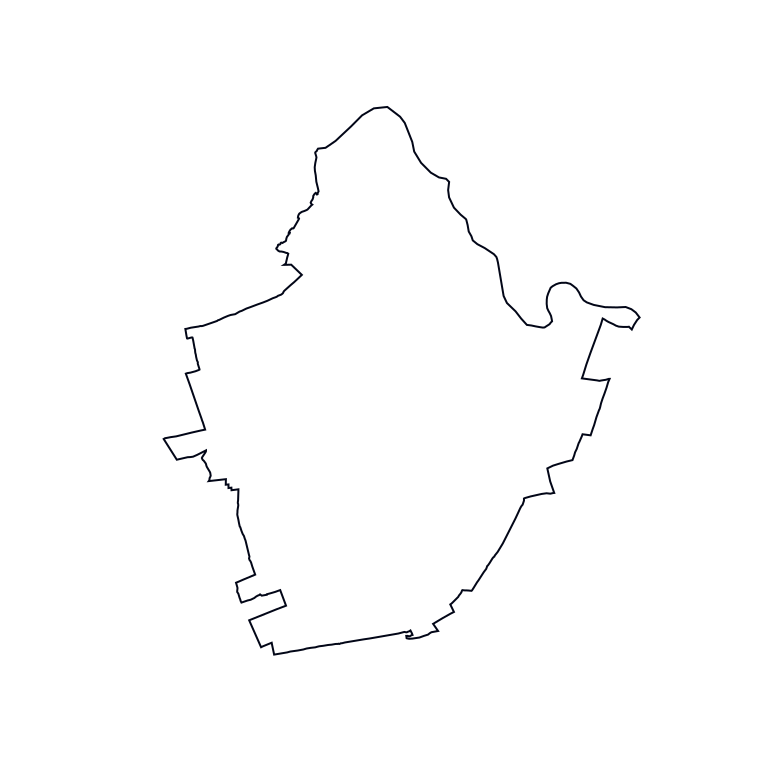 outline of Bratovoesti, Dolj, Romania, rotated 146°
{"feature_id": "2599482B58012097168459", "entity_name": "Bratovoesti", "entity_type": "district", "adm_level": 2, "iso_a3": "ROU", "parent_name": "Romania", "parent_adm1": "Dolj", "projection": "robinson", "projection_center": [23.927, 44.119], "detail": "fine", "context": "isolated", "style": "outline", "palette": "ink", "viewbox_px": 768, "rotation_deg": 146, "n_neighbors": 0, "source": "geoboundaries", "source_scale": "gbopen_adm2", "svg_char_len": 6166}
<svg xmlns="http://www.w3.org/2000/svg" viewBox="0 0 768 768"><g transform="rotate(146 384 384)"><path d="M307.1,616.0L308.3,615.5L309.4,614.8L311.1,614.6L311.8,614.1L312.9,610.6L313.3,609.6L314.5,608.4L317.3,605.7L320.2,602.5L322.1,599.3L323.9,595.2L327.0,589.5L329.1,583.8L330.5,580.3L332.2,579.4L332.9,578.5L333.6,578.6L333.6,579.7L333.7,580.6L334.2,580.6L335.0,580.5L335.9,580.2L337.6,579.4L338.2,578.4L340.1,576.9L341.8,576.3L343.4,575.3L343.5,574.7L343.5,573.6L343.2,572.8L344.4,572.7L349.9,571.4L351.5,571.6L353.5,572.0L355.6,572.6L356.6,572.7L359.0,572.6L360.7,571.7L361.8,570.7L362.4,570.0L362.0,569.5L361.9,568.7L362.4,568.3L371.8,563.7L372.2,563.7L372.9,564.1L373.0,564.4L373.3,564.5L374.1,564.3L375.1,564.3L377.2,563.4L378.3,562.7L377.6,562.0L378.2,561.5L378.9,561.7L379.9,561.0L380.9,560.7L382.3,560.2L383.8,559.0L384.7,558.0L385.3,557.5L386.6,557.5L387.8,557.7L389.3,557.7L389.8,558.4L390.3,558.7L391.0,558.6L391.6,558.0L392.5,557.9L393.3,558.3L393.5,558.6L394.2,558.5L394.9,557.7L396.0,557.1L397.0,556.9L397.6,556.5L397.7,555.9L397.4,555.1L397.2,553.7L396.5,552.3L394.9,551.1L393.4,549.6L391.7,547.3L391.0,546.7L390.5,545.6L391.8,544.4L393.4,543.1L398.1,538.7L400.3,538.7L394.2,534.8L391.1,520.4L401.5,518.7L406.1,518.2L414.7,517.0L415.9,516.5L416.8,515.9L417.6,515.7L419.2,515.6L421.0,516.0L422.5,516.4L423.9,516.3L425.1,516.5L428.2,517.3L434.1,518.2L438.6,519.2L444.4,520.7L451.6,522.4L455.9,523.5L461.0,524.2L463.2,524.8L468.3,525.1L472.6,527.0L475.2,527.7L479.7,528.6L484.8,529.3L486.0,529.7L487.0,529.6L489.4,530.2L501.4,533.4L502.7,533.9L503.3,534.4L504.0,534.8L505.7,535.4L512.7,538.7L516.7,540.1L517.9,540.7L520.8,534.4L521.8,531.9L521.7,531.7L521.1,531.4L517.8,530.3L517.0,529.9L516.8,529.6L516.9,529.3L517.9,526.7L520.9,519.9L521.2,519.3L521.2,518.9L521.4,518.3L521.7,517.7L522.1,517.1L523.0,515.4L523.6,513.6L524.6,511.5L525.9,508.1L526.1,506.4L526.3,505.9L526.7,505.5L527.1,504.8L528.7,499.4L528.9,499.1L529.8,499.2L533.2,500.0L538.2,501.7L541.0,503.0L542.5,503.4L545.3,492.4L552.6,465.3L554.6,457.5L555.2,455.5L555.6,453.6L557.8,446.2L561.9,447.9L570.4,451.2L585.6,456.8L590.5,459.2L594.3,460.8L595.8,461.5L597.4,461.6L598.1,437.1L587.7,433.1L585.4,431.7L582.9,430.5L578.4,429.7L568.7,428.5L569.1,427.9L570.2,427.2L575.6,425.0L576.4,424.5L576.6,423.6L576.7,422.4L576.4,421.5L576.3,420.7L576.2,417.7L576.5,416.7L576.9,415.7L577.2,414.4L577.4,410.9L577.5,408.8L577.7,407.6L578.9,405.0L579.6,404.4L581.2,403.5L582.4,402.1L582.8,401.8L583.6,401.5L568.3,393.5L571.5,389.0L569.1,387.7L571.1,384.7L568.5,383.4L569.8,381.2L563.6,378.1L564.7,376.5L569.9,369.3L571.3,367.7L571.8,367.0L572.0,366.1L572.4,365.4L572.8,364.7L576.1,361.2L577.6,359.1L578.4,358.2L578.9,357.3L580.5,353.2L581.9,350.0L583.3,346.5L583.2,345.7L584.2,342.3L585.0,338.8L585.1,336.3L585.9,333.7L586.3,331.8L586.8,330.4L591.7,317.3L591.9,316.5L592.2,316.0L593.4,314.9L593.9,313.2L593.8,312.0L594.0,310.4L595.3,306.2L597.4,298.0L610.0,300.5L614.9,301.4L617.8,302.0L618.8,298.9L619.3,297.4L619.6,296.7L621.6,294.3L622.0,293.6L622.0,291.6L623.3,287.5L623.7,285.6L623.9,285.2L624.2,284.2L624.4,282.5L618.1,280.8L615.2,279.7L611.1,279.1L609.2,279.3L607.2,279.2L605.5,278.8L604.4,278.9L603.7,276.9L599.0,274.8L598.7,275.2L595.2,274.0L590.5,272.5L585.3,271.2L589.2,255.0L599.0,257.3L627.9,263.5L633.1,234.5L631.4,234.3L627.5,233.5L622.7,232.5L621.8,232.3L622.5,230.7L626.4,221.1L614.3,215.6L611.3,214.6L604.6,211.3L599.3,209.0L596.1,208.0L592.2,206.2L588.2,204.1L586.3,203.5L584.4,202.8L580.7,200.9L576.3,198.9L573.2,197.2L569.6,195.6L567.7,194.4L566.9,194.1L566.6,193.6L566.0,193.3L565.1,193.3L563.6,192.5L561.0,191.6L543.5,183.6L538.1,181.0L534.1,179.2L511.6,169.1L505.8,167.1L504.4,165.7L503.9,165.4L502.5,165.2L501.6,164.9L499.9,164.9L500.3,161.5L500.7,160.0L501.8,160.4L503.4,160.4L504.3,160.8L505.3,162.0L506.4,162.7L507.4,160.6L507.1,160.2L505.6,158.7L502.7,157.0L496.4,154.0L491.6,152.8L487.6,151.6L485.5,151.8L483.5,151.7L477.3,149.0L477.4,157.7L466.3,157.1L457.4,156.4L453.5,155.9L452.3,164.2L451.1,164.2L449.7,164.4L441.5,166.0L440.0,166.8L438.5,167.2L436.6,167.9L436.1,168.2L435.0,169.0L434.3,169.3L432.8,168.0L430.0,166.0L427.1,163.6L426.4,163.7L423.4,165.0L417.7,167.6L415.7,168.3L406.6,172.2L404.6,172.9L402.8,173.5L401.9,174.1L401.1,174.7L400.4,175.3L399.2,175.5L396.6,176.5L391.5,178.8L390.1,179.2L389.0,179.2L388.2,179.8L383.7,181.2L374.6,185.4L350.2,199.0L344.7,202.3L341.6,204.2L339.7,205.3L337.9,206.1L336.6,206.4L333.2,209.0L332.0,210.8L330.8,210.6L325.3,208.8L314.8,204.7L310.3,202.5L307.5,200.1L306.8,199.8L304.9,199.1L303.8,198.5L300.7,210.3L295.8,222.7L289.5,221.8L284.1,220.2L275.9,217.6L270.3,215.5L266.4,218.3L263.8,220.5L260.5,222.4L255.7,226.1L254.5,226.7L252.3,228.1L249.3,230.0L247.5,231.3L241.4,225.9L236.1,230.0L232.8,232.4L226.3,237.8L221.6,241.2L220.4,242.1L219.4,242.6L218.0,243.7L214.9,246.6L210.9,249.7L206.8,252.6L201.7,256.4L197.1,260.2L194.1,262.1L194.7,262.5L195.9,262.9L197.6,263.4L202.3,265.6L203.4,266.0L203.8,266.3L205.4,267.9L216.8,278.0L213.9,280.1L205.2,287.1L195.1,294.6L171.2,311.8L166.1,316.0L165.0,314.0L164.2,311.9L163.2,309.9L160.4,305.3L159.1,302.7L157.3,300.3L154.1,297.8L150.3,295.2L148.9,294.5L148.8,293.5L148.5,292.6L148.1,290.6L143.7,293.2L138.3,295.5L134.9,296.2L135.3,302.5L137.1,307.7L140.6,312.7L148.0,317.2L157.8,324.1L165.9,332.3L170.2,338.2L171.7,341.8L171.8,346.4L171.1,350.8L171.1,355.6L172.4,359.8L173.5,362.8L176.4,366.1L180.2,368.6L182.6,369.7L185.6,370.5L189.6,370.8L192.0,370.6L197.2,367.3L200.0,365.1L201.9,362.9L204.3,359.5L206.3,355.6L206.8,352.6L207.0,349.9L207.5,346.9L208.8,343.8L209.6,342.0L211.7,341.6L212.9,341.1L214.1,341.0L216.8,341.1L219.2,341.1L220.7,341.9L222.8,343.8L226.2,347.1L229.1,350.1L232.5,353.1L233.7,361.5L234.3,370.7L236.8,382.4L235.6,390.1L221.6,421.0L220.3,424.5L219.8,426.5L220.3,430.2L224.5,440.4L228.4,447.7L230.1,453.4L228.9,457.6L228.5,463.0L225.8,469.0L224.0,474.0L223.9,475.0L225.8,481.6L227.4,491.1L225.7,502.3L222.4,508.9L217.0,515.1L217.8,519.4L222.9,524.5L227.0,533.0L229.6,546.6L229.0,559.8L225.2,568.9L220.8,588.8L221.2,596.6L226.3,611.8L238.3,618.2L251.9,619.0L267.1,616.0L288.3,612.6L300.4,612.5L307.1,616.0Z" fill="none" stroke="#020617" stroke-width="2"/></g></svg>